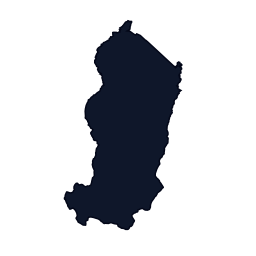 Pradera, Valle del Cauca, Colombia, rotated 103°
{"feature_id": "7082276B33285563238152", "entity_name": "Pradera", "entity_type": "district", "adm_level": 2, "iso_a3": "COL", "parent_name": "Colombia", "parent_adm1": "Valle del Cauca", "projection": "orthographic", "projection_center": [-76.213, 3.422], "detail": "fine", "context": "isolated", "style": "filled", "palette": "ink", "viewbox_px": 256, "rotation_deg": 103, "n_neighbors": 0, "source": "geoboundaries", "source_scale": "gbopen_adm2", "svg_char_len": 5709}
<svg xmlns="http://www.w3.org/2000/svg" viewBox="0 0 256 256"><g transform="rotate(103 128 128)"><path d="M227.3,107.5L226.9,105.6L226.6,105.1L225.5,104.4L223.6,104.1L223.2,103.0L222.5,102.4L221.2,101.8L219.9,101.8L217.6,101.0L216.8,101.0L214.2,103.6L212.8,104.6L212.0,104.6L211.1,103.9L210.3,103.8L209.8,103.3L209.1,102.0L208.2,101.2L207.6,99.9L207.1,99.7L205.7,99.9L203.7,97.3L203.1,95.5L203.9,93.6L204.0,92.5L203.6,90.4L202.5,88.9L202.0,88.7L200.0,88.4L198.7,88.7L196.7,88.8L194.3,88.4L190.7,86.9L189.2,86.5L187.9,85.5L185.9,84.9L184.7,84.8L181.6,82.2L179.0,81.1L178.1,80.3L177.7,80.4L174.4,83.7L173.6,84.9L172.3,85.6L170.9,87.5L170.3,88.8L168.7,90.6L168.2,90.8L166.1,91.2L161.3,90.7L157.4,89.7L156.9,89.3L156.1,89.0L155.4,89.1L153.2,90.2L152.3,90.2L151.6,89.9L150.7,90.0L148.6,88.4L146.9,88.2L145.8,87.6L145.0,87.0L144.1,87.3L140.8,87.6L139.4,88.1L138.9,87.8L138.3,87.7L135.6,86.7L134.8,86.6L134.0,86.0L133.4,85.9L131.4,86.2L130.5,86.6L130.0,86.4L128.8,86.7L128.2,87.7L127.3,88.3L126.3,87.8L125.3,87.6L123.6,88.0L122.4,88.7L121.2,89.7L117.5,90.3L116.5,90.3L115.6,90.0L114.3,90.1L112.8,89.7L111.4,90.0L110.5,89.8L110.1,90.0L109.5,89.8L108.6,90.0L106.7,89.4L105.7,89.6L105.1,89.4L104.5,88.9L103.1,88.4L102.0,89.0L101.6,89.1L101.1,88.9L100.2,89.6L99.5,89.9L99.0,89.6L98.5,89.9L97.7,89.3L95.9,89.5L94.4,88.7L94.0,88.8L93.8,88.6L93.2,89.0L92.8,88.8L92.0,89.1L90.3,89.1L89.3,88.6L88.8,87.9L87.8,87.3L86.9,87.1L86.6,87.3L85.1,87.2L84.6,86.9L84.2,86.8L83.8,87.0L83.2,86.7L83.2,86.4L82.8,86.0L82.2,86.4L81.7,86.4L81.4,86.2L81.0,86.2L81.0,85.9L80.6,85.6L80.0,85.5L79.5,84.9L79.3,85.4L79.2,86.5L78.8,87.0L78.6,88.0L77.8,88.6L76.6,88.3L76.4,89.1L75.9,89.9L75.7,89.7L75.4,89.0L75.1,89.0L74.6,89.3L72.5,89.0L72.0,88.0L71.3,88.0L70.7,87.6L70.0,87.9L69.2,87.2L68.8,87.6L68.4,87.5L68.0,87.8L67.8,88.5L68.0,88.7L67.6,88.9L67.4,89.2L66.7,89.1L66.3,89.5L65.9,89.1L65.4,89.2L65.2,89.4L65.3,89.9L65.2,90.1L64.2,90.1L63.8,89.7L62.9,89.5L62.4,88.8L60.0,89.7L59.3,89.6L58.4,89.0L57.6,89.3L56.9,90.2L57.0,90.6L56.5,91.6L56.4,91.5L56.5,90.6L55.6,91.2L55.6,90.3L54.7,89.7L54.3,89.8L54.3,90.5L53.7,90.7L53.9,91.1L53.5,91.9L52.9,92.0L52.4,92.4L52.4,92.6L52.7,93.0L52.4,93.6L52.7,93.8L53.2,94.4L53.7,94.6L55.2,93.9L55.4,94.0L55.5,94.2L55.9,94.4L56.0,93.7L56.3,93.6L56.4,94.1L57.5,94.6L57.5,95.5L59.0,94.5L39.5,128.5L38.8,129.9L39.0,130.0L35.1,136.8L34.3,140.7L35.7,141.4L35.3,143.3L33.4,147.8L33.6,150.6L31.9,148.7L31.2,148.4L29.5,148.6L28.8,148.9L28.1,148.6L25.5,148.7L24.5,148.3L23.9,148.3L23.4,148.5L23.4,148.9L23.7,149.9L24.0,150.1L24.2,150.7L23.8,150.8L23.9,151.1L23.5,151.7L23.5,152.2L24.8,152.8L24.8,153.3L25.4,154.2L29.2,155.8L29.5,156.1L30.6,156.4L31.0,157.2L31.9,157.6L32.2,158.3L32.6,157.9L33.1,157.9L33.5,158.3L33.6,157.8L33.8,158.1L34.4,158.1L34.5,157.9L34.7,158.1L35.2,157.8L36.4,157.6L36.6,158.0L36.6,158.6L37.3,159.3L37.8,160.2L37.4,160.9L37.8,162.6L37.9,163.3L38.4,164.3L40.6,163.7L41.5,163.0L43.0,164.5L43.1,165.4L43.9,165.4L45.2,166.3L46.2,166.2L47.0,166.4L47.2,166.7L47.1,167.1L47.6,167.3L47.8,168.0L48.5,168.4L49.0,169.2L49.5,169.6L50.3,171.0L51.8,171.5L52.5,172.8L53.1,172.7L53.5,172.1L53.7,172.6L54.5,172.5L54.7,173.2L55.1,173.4L56.4,174.8L58.3,175.7L59.4,175.6L59.5,175.4L59.3,175.0L60.0,174.9L60.7,174.6L61.3,173.9L61.5,174.1L61.5,174.6L63.3,175.3L63.6,174.9L64.9,175.5L65.4,175.0L66.0,175.7L66.5,175.7L66.8,175.6L67.3,174.7L68.3,174.9L69.5,175.6L71.9,175.1L74.0,173.0L75.0,172.4L75.6,170.6L76.7,170.6L77.5,170.9L78.9,170.0L80.2,168.8L80.2,168.5L80.6,168.0L80.5,167.4L80.6,167.0L81.0,166.8L81.1,166.5L81.6,167.0L81.6,166.4L81.8,166.2L81.8,166.4L82.1,166.4L82.9,164.9L83.3,164.7L84.7,164.7L85.3,164.5L86.5,163.7L87.8,163.2L89.1,162.0L89.4,162.0L89.6,162.4L90.2,161.8L91.2,161.6L91.8,161.1L92.0,161.3L92.1,161.9L92.6,161.9L92.9,162.5L94.0,162.9L95.2,162.8L95.7,163.6L97.4,163.5L98.5,163.8L100.6,165.9L103.1,167.5L103.7,168.9L105.2,169.5L105.5,169.9L106.5,170.8L108.2,171.4L108.5,171.8L109.0,172.0L109.2,172.6L109.5,172.9L111.3,172.8L112.3,173.2L115.3,173.8L118.8,173.8L121.3,173.5L126.0,172.1L127.7,171.9L128.2,171.5L128.3,170.9L129.4,169.7L129.8,168.9L130.9,168.6L131.7,167.6L132.7,167.3L134.0,167.4L134.3,166.5L135.2,165.3L136.6,164.1L136.8,162.7L137.4,161.9L138.8,162.1L139.8,162.6L140.2,162.9L140.5,162.9L141.1,163.2L142.1,162.8L143.1,161.8L144.0,161.3L144.6,160.3L145.1,160.2L145.4,159.5L146.5,159.2L147.2,158.7L147.6,158.1L147.4,156.3L147.8,155.0L150.0,154.5L150.3,153.7L151.1,152.6L152.0,153.1L154.0,153.4L154.9,154.1L155.7,153.8L156.5,154.1L157.9,153.8L159.4,153.9L161.7,153.2L165.2,153.9L165.8,154.7L168.0,155.0L169.1,154.8L169.9,154.3L171.1,154.6L171.7,154.5L174.2,153.3L176.9,151.2L178.5,151.1L181.9,150.1L183.1,150.3L184.5,151.3L188.1,151.3L189.2,151.1L189.9,151.3L191.7,151.3L192.0,151.5L193.5,153.1L193.5,154.3L194.9,156.3L194.5,157.6L193.7,159.0L193.4,160.0L193.5,160.7L194.6,163.0L193.3,164.7L193.3,165.2L193.6,166.0L195.1,166.9L197.1,167.4L198.9,167.1L200.2,166.3L201.4,166.9L202.8,167.2L203.6,168.1L204.2,169.4L204.3,170.1L204.0,172.6L204.2,173.4L207.3,174.0L209.6,173.8L210.5,174.2L211.4,173.9L211.7,173.5L211.7,172.8L212.2,172.7L214.6,171.1L216.2,169.6L217.4,169.2L218.2,168.5L218.3,168.1L220.0,166.7L220.1,166.3L219.8,165.6L218.4,163.7L218.8,162.6L220.1,160.6L222.3,158.8L224.1,158.0L225.3,157.6L227.4,158.3L227.9,158.1L229.7,156.2L230.9,155.3L231.8,152.1L232.5,150.4L232.6,149.8L232.2,147.5L231.0,147.5L228.9,148.2L228.1,148.1L226.8,146.5L225.1,146.7L223.8,146.3L223.0,144.2L222.9,141.6L223.3,136.3L224.1,134.3L225.1,133.0L225.2,132.0L225.5,131.4L226.0,130.9L226.4,129.7L226.0,129.1L225.4,125.6L224.3,123.9L224.0,123.0L224.3,119.9L224.1,117.0L224.4,116.3L225.8,115.6L226.3,114.6L226.6,112.9L227.1,112.0L226.8,109.5L227.3,107.5Z" fill="#0f172a" stroke="#020617" stroke-width="1.5"/></g></svg>